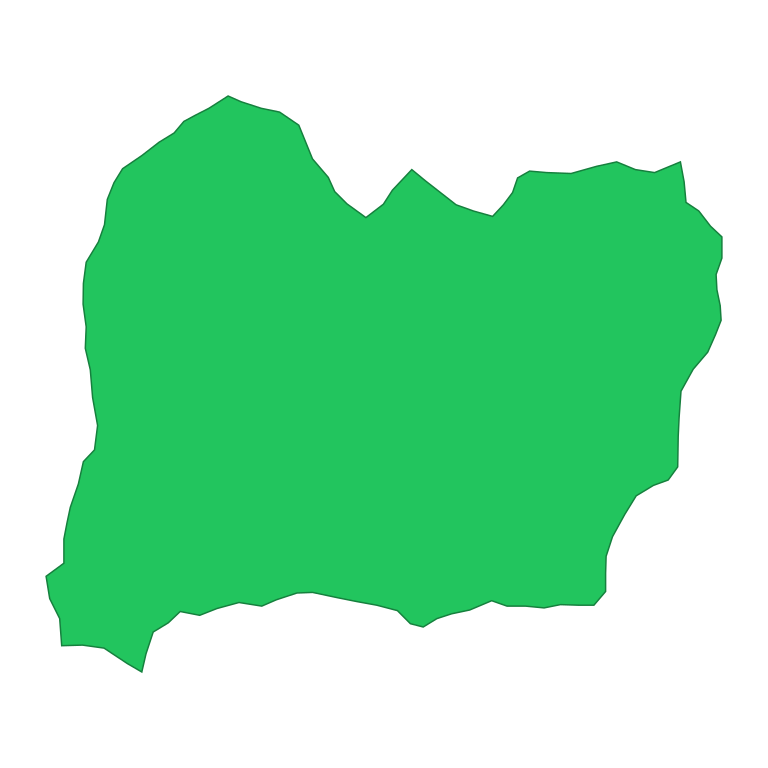 Nipoã, São Paulo, Brazil (Mercator projection)
{"feature_id": "56859067B34709054830061", "entity_name": "Nipoã", "entity_type": "district", "adm_level": 2, "iso_a3": "BRA", "parent_name": "Brazil", "parent_adm1": "São Paulo", "projection": "mercator", "projection_center": [-49.777, -20.892], "detail": "fine", "context": "isolated", "style": "filled", "palette": "green", "viewbox_px": 768, "rotation_deg": 0, "n_neighbors": 0, "source": "geoboundaries", "source_scale": "gbopen_adm2", "svg_char_len": 1490}
<svg xmlns="http://www.w3.org/2000/svg" viewBox="0 0 768 768"><path d="M605.6,591.5L605.6,573.3L606.1,556.3L612.5,536.7L624.8,514.3L636.2,495.8L653.4,485.4L668.2,480.0L677.7,466.9L678.2,436.5L679.1,417.5L681.0,391.2L693.2,369.2L707.7,352.2L715.5,334.6L721.1,320.3L720.2,305.7L716.9,289.7L716.1,274.5L721.9,258.1L721.9,236.9L710.5,226.2L698.8,211.0L686.0,202.4L684.1,181.8L680.4,161.9L654.6,172.6L635.4,169.6L616.7,161.9L596.7,166.3L571.1,173.5L546.8,172.6L529.6,171.1L517.6,177.9L512.6,192.5L503.4,204.8L492.6,216.4L473.4,211.0L456.1,204.8L425.5,180.9L411.8,169.6L392.4,190.2L383.4,204.2L365.9,217.6L347.0,203.9L334.7,191.6L328.3,177.4L312.5,158.9L298.8,125.2L279.6,112.1L261.2,108.3L240.9,101.7L228.1,96.0L208.9,108.3L195.6,115.1L183.9,121.4L174.1,133.0L159.1,142.2L141.8,155.6L122.6,168.7L114.0,182.7L107.3,199.4L104.5,224.7L98.4,242.0L86.2,262.2L83.4,283.4L83.1,304.2L86.2,326.9L85.3,348.3L90.3,369.8L92.6,397.5L97.6,425.5L94.5,449.9L83.4,461.6L78.4,483.9L70.3,507.4L67.0,522.9L63.9,539.0L63.9,563.2L46.1,576.3L49.7,598.6L59.7,618.6L61.7,645.7L82.5,645.1L104.0,648.1L127.4,663.6L141.8,672.0L146.0,653.8L153.2,632.0L168.3,622.8L180.2,611.5L199.7,615.3L217.0,608.5L239.0,602.5L261.8,606.1L276.3,599.8L296.9,593.0L312.5,592.4L337.5,597.7L357.0,601.6L376.8,605.2L397.4,610.6L410.4,623.7L423.2,627.0L436.9,618.6L451.6,613.8L469.7,610.0L491.7,600.7L507.0,606.1L525.4,606.1L544.1,607.9L560.5,604.6L579.1,605.2L593.9,605.2L605.6,591.5Z" fill="#22c55e" stroke="#15803d" stroke-width="1.5"/></svg>